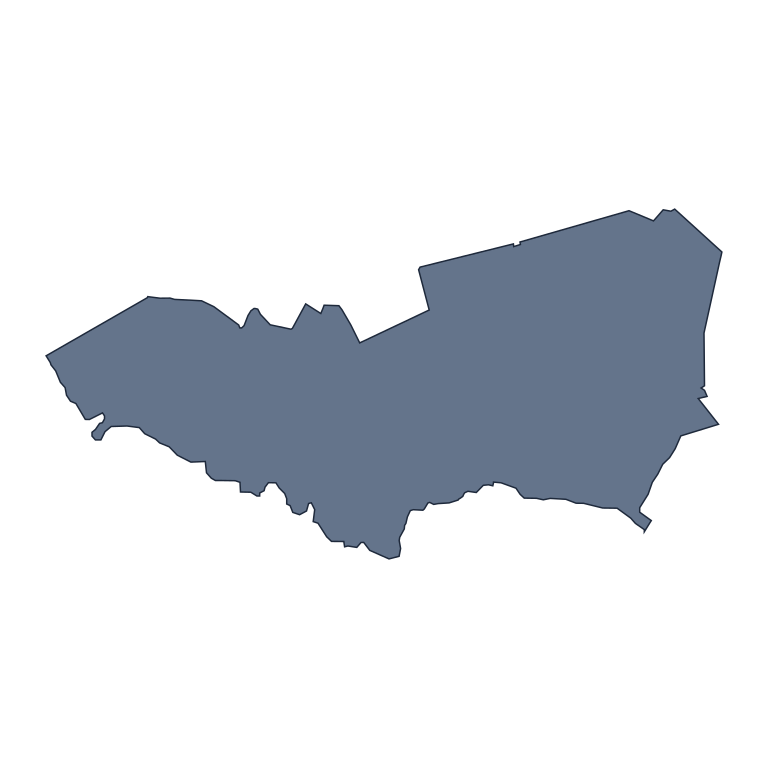 Harare Rural, Harare, Zimbabwe (Robinson projection)
{"feature_id": "62879985B75244512710705", "entity_name": "Harare Rural", "entity_type": "district", "adm_level": 2, "iso_a3": "ZWE", "parent_name": "Zimbabwe", "parent_adm1": "Harare", "projection": "robinson", "projection_center": [31.007, -17.946], "detail": "fine", "context": "isolated", "style": "filled", "palette": "slate", "viewbox_px": 768, "rotation_deg": 0, "n_neighbors": 0, "source": "geoboundaries", "source_scale": "gbopen_adm2", "svg_char_len": 2394}
<svg xmlns="http://www.w3.org/2000/svg" viewBox="0 0 768 768"><path d="M492.8,485.8L493.4,483.3L493.5,482.1L501.1,482.8L516.0,488.2L520.1,494.3L524.2,498.1L529.6,498.2L536.5,498.3L543.3,499.8L550.2,498.4L565.9,499.3L576.1,503.2L583.6,503.3L602.7,508.0L610.3,508.1L617.1,508.2L630.7,518.1L635.4,523.4L644.3,529.6L644.3,531.8L649.8,522.9L651.3,520.6L639.7,512.2L639.7,507.7L648.1,494.3L652.3,482.3L657.8,474.1L662.7,464.3L669.6,457.6L675.2,448.7L680.8,435.9L718.5,424.3L698.2,398.5L707.1,396.4L704.5,390.3L701.1,388.0L704.5,385.8L704.0,333.0L719.6,262.0L721.1,255.7L721.9,252.0L674.7,209.1L670.9,211.2L663.2,209.8L653.5,220.9L629.0,210.7L520.0,242.0L520.4,244.5L513.7,246.6L513.4,243.9L420.1,267.1L418.6,269.7L429.2,310.0L359.7,342.9L350.9,325.1L342.0,309.8L338.9,305.7L324.1,305.2L322.9,308.5L320.8,313.5L305.7,303.9L292.4,328.4L291.0,329.2L270.2,324.8L260.4,314.3L258.1,309.8L257.7,309.1L255.1,308.5L254.0,308.5L250.9,310.8L248.0,315.5L244.1,325.6L241.7,327.9L239.8,327.9L238.7,325.0L223.1,313.5L213.9,306.7L201.6,300.8L191.2,300.2L174.6,299.4L170.1,298.1L160.1,298.2L149.0,296.8L147.8,296.6L147.3,297.7L46.1,355.8L50.3,362.6L51.0,364.9L55.7,370.9L60.4,382.3L65.1,387.6L66.3,394.0L66.5,395.2L70.5,401.2L75.9,403.5L85.3,419.4L89.4,419.5L102.5,412.9L104.5,415.9L104.5,418.9L102.4,422.7L99.6,423.4L95.5,429.4L92.0,432.3L92.0,436.1L95.4,439.9L98.1,439.9L100.9,439.9L105.0,431.7L111.2,426.5L127.0,426.0L139.3,427.6L144.7,433.7L155.6,439.1L159.6,442.9L169.2,446.8L177.3,455.2L190.9,462.1L205.3,461.5L206.5,472.8L211.3,478.2L215.4,480.5L220.8,480.5L227.7,480.6L235.2,480.7L240.0,482.3L240.5,492.0L245.3,492.1L250.8,492.2L256.9,496.0L259.7,496.0L259.7,493.0L264.1,490.7L265.0,487.2L268.4,482.7L275.9,482.8L279.3,488.1L284.7,493.5L286.7,498.7L286.7,504.0L290.1,505.6L292.8,512.4L299.6,514.7L306.5,511.0L308.6,503.5L311.3,502.8L314.7,509.6L313.2,521.6L318.0,523.2L326.7,536.8L331.5,541.4L343.8,541.5L344.6,546.8L347.9,546.0L356.8,547.4L361.0,542.5L363.7,542.4L369.8,550.4L389.0,558.9L399.1,556.3L400.6,548.5L399.2,540.6L399.7,537.3L404.3,528.9L404.6,525.4L405.9,523.4L407.4,516.9L410.3,510.6L413.2,509.7L422.9,510.2L424.3,509.0L427.9,503.0L429.7,502.4L433.7,504.4L438.1,503.6L449.1,502.9L456.7,500.5L458.2,500.0L458.6,499.2L460.3,498.2L462.8,496.4L463.5,494.8L464.2,493.4L464.8,492.7L467.9,491.3L476.3,492.5L483.3,485.3L488.5,484.8L492.8,485.8Z" fill="#64748b" stroke="#1e293b" stroke-width="1.5"/></svg>